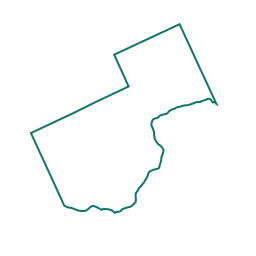 Chisago, Minnesota, United States of America (Mercator projection), rotated 65°
{"feature_id": "52423323B15141703051874", "entity_name": "Chisago", "entity_type": "district", "adm_level": 2, "iso_a3": "USA", "parent_name": "United States of America", "parent_adm1": "Minnesota", "projection": "mercator", "projection_center": [-92.792, 45.513], "detail": "fine", "context": "isolated", "style": "outline", "palette": "teal", "viewbox_px": 256, "rotation_deg": 65, "n_neighbors": 0, "source": "geoboundaries", "source_scale": "gbopen_adm2", "svg_char_len": 1442}
<svg xmlns="http://www.w3.org/2000/svg" viewBox="0 0 256 256"><g transform="rotate(65 128 128)"><path d="M55.7,37.4L55.7,109.5L90.6,109.9L90.8,146.0L91.4,170.4L91.5,218.1L151.2,218.4L171.4,218.6L173.9,216.7L175.2,215.1L176.6,213.0L181.8,208.0L183.3,205.8L184.7,202.8L185.0,201.7L185.0,200.5L184.9,199.2L183.5,194.6L183.6,193.5L183.9,192.6L185.7,190.5L190.8,186.6L191.1,186.3L190.9,185.2L191.4,183.6L192.1,182.4L193.6,179.8L195.2,178.1L196.8,176.9L199.2,175.9L199.1,173.9L199.9,172.2L200.3,169.8L200.2,169.4L199.5,168.5L199.2,167.3L199.6,163.0L200.3,159.5L200.3,158.0L198.5,152.6L198.3,152.3L196.1,151.1L191.4,149.2L190.5,148.5L188.6,145.2L187.2,143.6L186.1,140.8L184.1,136.6L181.2,132.3L180.1,130.9L177.6,128.6L176.9,127.7L176.6,125.9L176.5,123.0L177.5,118.4L177.5,117.6L177.1,116.6L171.4,111.6L168.1,109.7L165.9,107.2L164.2,105.8L163.3,105.3L162.5,105.2L159.7,105.4L158.4,105.8L155.1,107.5L152.0,108.2L148.7,108.3L145.6,107.4L142.7,106.1L142.0,106.0L134.8,105.5L131.8,103.1L131.1,102.2L130.7,100.8L131.2,96.3L130.3,94.1L130.3,92.6L130.7,89.9L131.4,87.7L131.3,86.3L130.2,83.8L129.8,81.6L129.8,80.2L130.2,78.1L130.1,76.7L129.9,75.7L130.1,73.6L130.5,72.8L131.0,69.1L131.4,67.2L132.5,64.6L133.1,60.6L133.5,54.8L135.0,51.6L135.1,51.4L134.6,50.3L135.4,45.2L135.2,43.9L135.3,42.9L136.3,41.6L137.3,41.0L139.9,40.6L140.7,40.3L140.8,40.1L140.8,38.7L141.3,38.2L142.9,38.1L143.5,37.7L55.7,37.4Z" fill="none" stroke="#0f766e" stroke-width="2"/></g></svg>